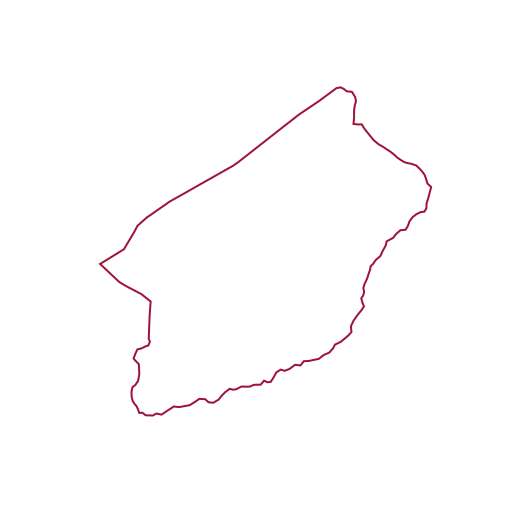 outline of Canapi, Alagoas, Brazil, rotated 20°
{"feature_id": "56859067B46648773088158", "entity_name": "Canapi", "entity_type": "district", "adm_level": 2, "iso_a3": "BRA", "parent_name": "Brazil", "parent_adm1": "Alagoas", "projection": "natural_earth1", "projection_center": [-37.509, -9.127], "detail": "fine", "context": "isolated", "style": "outline", "palette": "rose", "viewbox_px": 512, "rotation_deg": 20, "n_neighbors": 0, "source": "geoboundaries", "source_scale": "gbopen_adm2", "svg_char_len": 2093}
<svg xmlns="http://www.w3.org/2000/svg" viewBox="0 0 512 512"><g transform="rotate(20 256 256)"><path d="M274.2,70.7L262.5,88.4L253.5,100.8L248.0,108.4L236.8,126.3L219.5,154.1L207.2,173.9L203.7,178.9L177.2,209.9L170.5,217.8L156.4,234.2L142.5,254.0L140.3,257.0L137.1,262.9L134.3,268.2L133.4,274.7L129.6,294.8L112.2,316.8L127.1,323.2L131.8,325.2L136.4,327.2L140.7,328.1L146.9,329.1L161.3,331.0L172.6,334.8L173.7,338.9L175.8,346.1L176.8,349.6L183.5,370.4L185.6,372.8L185.4,376.9L182.9,378.9L179.8,382.2L176.5,384.3L176.1,388.4L176.0,394.2L178.8,395.8L182.9,397.7L184.6,401.7L186.8,407.1L187.9,413.7L186.7,418.5L184.8,421.5L185.4,426.1L187.3,430.8L189.6,434.3L192.4,436.5L195.0,437.9L197.4,440.3L200.0,443.4L202.9,442.1L206.8,443.4L213.6,441.2L216.2,438.1L221.4,437.4L226.0,431.2L230.3,425.5L235.4,424.3L244.8,418.8L249.8,412.3L251.5,409.7L257.3,407.9L261.4,409.7L266.1,408.5L270.0,403.7L271.2,399.9L273.4,394.9L276.6,389.9L280.0,389.5L282.8,388.2L286.9,383.7L291.3,382.2L295.0,380.8L298.0,377.8L304.4,375.3L306.2,370.4L310.1,370.7L312.9,369.2L314.1,363.8L314.9,358.4L318.1,354.3L322.1,354.1L326.1,350.7L329.9,344.9L335.2,343.6L336.9,338.5L341.6,336.5L350.2,331.2L353.4,325.9L357.9,321.7L360.1,316.1L360.5,312.3L365.1,307.6L370.1,298.8L371.7,294.8L369.2,289.5L369.8,283.3L371.5,277.0L373.6,270.9L374.7,266.4L372.0,263.5L369.4,259.8L370.2,256.5L370.0,252.9L367.8,249.4L367.6,245.6L368.1,239.4L367.9,233.5L367.9,230.0L367.2,226.5L368.7,223.4L369.8,219.0L372.9,213.4L373.2,208.8L374.3,201.7L373.8,197.5L378.6,192.1L380.1,187.5L382.9,182.4L387.5,180.2L388.4,176.2L388.4,170.7L390.0,165.7L392.4,161.9L395.8,158.4L399.1,156.7L399.8,152.7L398.3,148.5L398.1,143.1L397.5,136.5L397.0,131.3L392.2,129.2L390.0,126.1L386.9,122.3L383.3,119.8L380.0,118.1L375.6,116.1L369.9,116.3L366.5,116.9L363.3,117.1L359.0,116.2L355.0,115.2L351.0,113.4L345.8,111.8L342.2,111.0L338.7,110.1L332.6,109.0L326.7,106.8L314.6,99.5L310.3,96.1L306.6,97.6L302.4,98.5L300.9,92.5L298.3,85.5L297.3,80.4L297.0,76.2L294.8,72.7L289.9,68.9L285.0,70.2L281.3,69.0L277.8,68.6L274.2,70.7Z" fill="none" stroke="#9f1239" stroke-width="2"/></g></svg>